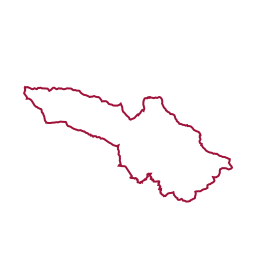 the district of Pangarati, Neamt, Romania, rotated 126°
{"feature_id": "2599482B60779670494049", "entity_name": "Pangarati", "entity_type": "district", "adm_level": 2, "iso_a3": "ROU", "parent_name": "Romania", "parent_adm1": "Neamt", "projection": "albers", "projection_center": [26.201, 46.911], "detail": "fine", "context": "isolated", "style": "outline", "palette": "rose", "viewbox_px": 256, "rotation_deg": 126, "n_neighbors": 0, "source": "geoboundaries", "source_scale": "gbopen_adm2", "svg_char_len": 5764}
<svg xmlns="http://www.w3.org/2000/svg" viewBox="0 0 256 256"><g transform="rotate(126 128 128)"><path d="M171.8,197.2L170.5,195.0L169.6,193.8L167.4,191.5L167.0,190.8L165.6,189.6L164.3,187.7L163.0,186.8L162.4,186.2L161.2,184.1L159.7,181.9L159.8,181.5L161.0,179.6L161.5,178.6L161.7,177.7L161.1,176.4L160.7,174.9L160.7,172.8L160.4,171.0L160.1,170.1L160.0,169.6L159.5,168.4L159.3,167.3L159.1,166.8L157.6,165.1L157.5,164.1L156.8,161.6L156.5,161.3L156.6,161.0L156.5,160.6L156.6,159.0L156.2,158.5L156.0,157.3L156.0,156.9L156.3,156.2L156.0,155.2L155.4,154.5L156.0,153.7L155.5,153.2L155.1,152.0L155.2,151.6L155.5,151.5L155.5,151.1L155.4,151.0L154.9,151.0L154.6,150.7L153.7,149.4L153.5,148.9L153.8,148.1L153.8,147.8L153.1,146.8L152.6,146.4L152.2,145.6L152.2,145.0L152.6,143.8L151.4,142.4L150.9,140.5L151.0,139.2L150.9,136.0L150.8,134.1L150.5,132.3L150.6,130.3L150.4,129.6L149.4,126.6L147.6,125.5L149.1,125.0L150.3,124.3L151.0,123.7L151.5,122.6L152.4,121.6L153.0,121.1L154.6,120.4L155.1,119.8L155.3,118.7L155.5,118.0L156.6,117.4L157.6,116.4L159.0,115.7L161.7,112.5L162.9,113.3L163.9,113.3L161.9,109.6L161.4,109.1L160.9,108.1L160.7,107.2L164.7,96.6L165.2,96.3L166.6,96.9L166.8,96.6L166.5,95.8L165.3,94.2L165.2,93.8L165.1,93.0L164.3,92.8L164.1,92.6L163.9,91.7L164.1,91.1L164.6,90.6L164.5,90.4L164.1,90.3L164.2,89.8L164.8,89.2L166.2,88.3L165.6,87.1L165.6,86.6L165.4,85.8L165.1,85.7L164.5,85.9L164.2,85.9L163.8,84.7L163.3,85.1L162.9,85.2L161.2,84.5L160.8,84.2L159.7,84.3L159.5,84.0L159.4,83.3L158.9,83.1L158.3,83.5L156.2,83.7L155.6,83.4L155.4,83.8L154.9,84.5L154.2,85.1L152.9,84.6L152.6,83.9L151.6,82.7L152.3,82.6L153.4,82.8L153.9,81.4L154.0,80.5L154.5,80.2L154.8,80.3L155.7,79.7L155.0,79.1L155.6,78.4L155.9,77.7L155.1,77.2L156.2,75.8L155.6,75.1L155.5,74.6L155.0,74.0L153.6,72.5L152.9,71.6L152.9,71.3L153.7,70.8L154.9,70.8L155.1,70.6L155.2,70.1L156.3,69.9L156.1,69.4L155.9,68.5L156.2,68.0L156.3,67.5L157.4,67.3L157.7,66.9L157.7,66.6L158.0,66.8L158.5,66.4L158.7,66.5L158.6,66.8L158.9,66.5L159.0,66.6L158.9,66.9L159.3,66.8L159.3,66.7L159.1,66.5L159.0,65.9L158.9,65.8L159.1,65.2L158.6,65.2L158.4,65.1L159.1,64.7L159.4,64.9L159.9,64.7L160.6,64.3L160.8,64.0L161.3,63.6L161.1,63.3L161.5,62.9L161.9,61.6L161.6,60.8L162.1,58.9L161.2,58.4L161.0,57.7L159.6,57.6L157.5,57.1L156.5,56.4L155.8,55.6L154.3,54.1L153.3,53.5L154.4,52.3L155.2,51.1L155.8,49.0L155.9,47.9L155.7,46.9L156.2,46.5L156.6,45.7L156.3,44.6L155.4,43.7L154.9,43.6L153.8,42.9L153.8,42.7L154.4,40.7L153.8,40.0L153.4,38.9L153.3,37.6L152.5,36.6L150.7,34.9L150.0,35.0L149.2,34.7L148.1,34.0L147.0,33.6L146.1,32.9L145.1,32.7L143.9,33.6L143.1,33.7L141.1,34.7L140.0,36.1L139.3,35.7L136.5,32.2L134.0,31.3L132.9,30.6L131.8,29.4L130.4,28.9L129.8,28.5L129.4,28.7L128.3,29.7L127.5,30.1L126.0,29.4L125.1,28.5L123.6,28.1L122.8,27.6L121.3,27.0L120.1,27.0L119.8,27.1L118.9,28.2L117.7,30.3L117.2,29.3L116.0,27.7L113.9,26.8L112.9,26.7L110.0,27.5L108.7,28.6L107.2,29.2L106.4,28.6L105.1,28.2L104.4,27.1L104.0,26.8L103.6,25.9L103.0,25.2L102.6,23.5L102.5,22.5L101.9,21.8L100.0,20.6L98.9,20.6L98.2,21.7L97.8,23.5L96.9,25.9L95.6,26.2L94.2,26.9L93.4,27.3L93.4,27.6L93.8,28.7L94.0,30.2L94.3,31.1L94.6,32.6L95.7,34.4L96.1,36.3L96.7,37.6L96.6,40.9L97.2,41.4L97.9,43.1L98.5,43.5L98.9,45.9L99.8,47.6L99.9,48.2L100.1,48.6L100.4,51.7L99.8,53.5L99.7,55.7L98.8,57.8L98.9,58.7L97.6,58.9L97.8,60.9L97.2,61.9L96.5,62.5L94.8,62.6L94.5,62.8L94.0,63.3L93.6,64.3L92.2,65.3L91.6,64.9L91.3,65.0L90.9,65.5L90.8,65.8L90.6,66.0L90.3,66.3L90.3,67.0L89.8,67.6L89.7,68.5L90.4,71.1L90.8,73.6L90.1,75.8L89.8,77.9L90.5,79.8L91.4,80.9L90.9,81.9L92.2,82.8L92.3,83.9L93.3,85.7L93.5,87.2L94.4,88.8L94.2,89.0L94.2,89.4L93.8,90.5L93.7,92.6L92.9,93.4L92.7,94.7L92.4,95.3L91.0,97.0L90.4,98.2L90.6,99.8L90.9,100.4L90.9,100.6L91.8,101.9L91.2,103.5L91.4,104.8L91.6,105.5L91.3,106.7L91.5,107.5L90.7,108.6L90.3,111.0L88.6,114.0L88.2,114.8L86.8,115.5L86.2,116.1L85.4,116.8L84.6,118.0L84.2,119.5L84.4,120.6L84.9,121.2L86.3,121.9L86.8,122.6L87.2,123.7L87.8,124.0L88.7,124.7L89.5,126.7L90.2,127.7L90.0,128.3L90.5,128.9L91.2,128.7L91.4,129.2L91.1,129.5L91.6,129.9L92.0,129.6L92.7,129.9L93.2,131.0L94.3,131.9L96.7,131.4L97.8,130.9L100.0,129.4L101.7,127.3L102.8,126.2L103.4,125.9L104.3,125.8L105.0,125.5L105.0,127.0L106.2,127.1L109.3,126.9L109.9,127.3L110.7,127.1L111.7,127.2L111.6,128.2L116.3,128.7L116.5,128.9L119.7,130.8L119.7,131.6L119.9,131.9L119.0,133.2L118.8,134.8L118.7,136.7L117.8,139.9L117.7,141.6L116.5,143.2L114.7,144.8L114.1,145.6L112.6,148.2L114.2,148.5L116.1,149.7L118.2,152.7L118.5,153.3L118.6,154.9L119.5,156.7L119.8,157.8L119.6,158.5L119.2,159.4L119.2,161.4L120.4,163.2L121.8,164.7L121.1,166.1L120.4,168.2L120.3,169.2L120.4,170.2L121.0,171.0L121.7,172.5L122.1,174.3L123.9,175.5L124.6,176.6L125.4,177.1L125.7,179.3L126.1,181.1L126.7,182.3L127.2,183.7L127.2,185.2L127.3,186.3L126.9,188.1L126.5,188.8L126.5,189.3L128.1,191.9L128.3,193.0L129.3,194.1L129.7,195.5L129.4,196.3L129.4,196.7L130.1,198.2L131.1,199.5L131.2,199.9L131.7,200.6L132.5,201.1L134.2,202.5L134.7,203.3L135.2,205.3L136.0,205.9L136.3,207.0L136.5,207.3L137.1,207.7L138.2,208.1L138.4,208.3L138.8,209.7L138.7,211.2L139.0,211.7L139.7,212.3L143.0,212.9L144.2,213.5L143.5,215.6L143.5,216.1L143.6,216.5L146.1,220.4L146.5,220.8L146.7,222.2L146.9,222.5L148.0,223.5L148.3,224.2L148.7,224.4L149.8,224.5L150.3,224.8L150.8,227.0L152.3,227.7L152.7,228.0L153.1,229.1L153.4,231.3L153.8,232.4L153.8,233.2L154.7,233.8L155.3,235.4L155.9,235.3L158.0,233.3L159.1,233.1L161.0,232.4L162.4,228.1L163.0,227.4L163.8,227.1L162.9,226.1L162.5,225.4L162.3,223.5L162.4,222.5L162.9,221.0L164.7,216.7L164.7,215.6L164.9,214.9L164.5,213.9L164.6,212.5L164.2,210.6L163.8,209.4L164.0,208.8L166.0,206.8L166.1,205.2L167.0,204.3L167.5,203.2L168.3,202.1L170.4,200.0L171.1,198.7L171.3,197.7L171.8,197.2Z" fill="none" stroke="#9f1239" stroke-width="2"/></g></svg>